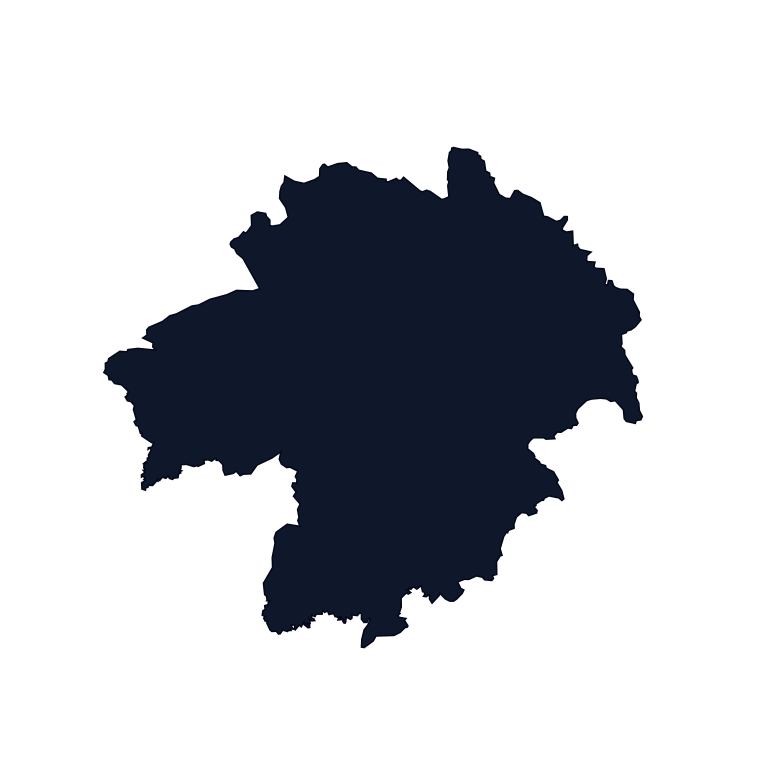 Bhamo, Kachin, Myanmar, rotated 244°
{"feature_id": "60261553B27046412343024", "entity_name": "Bhamo", "entity_type": "district", "adm_level": 2, "iso_a3": "MMR", "parent_name": "Myanmar", "parent_adm1": "Kachin", "projection": "orthographic", "projection_center": [97.111, 24.269], "detail": "fine", "context": "isolated", "style": "filled", "palette": "ink", "viewbox_px": 768, "rotation_deg": 244, "n_neighbors": 0, "source": "geoboundaries", "source_scale": "gbopen_adm2", "svg_char_len": 6171}
<svg xmlns="http://www.w3.org/2000/svg" viewBox="0 0 768 768"><g transform="rotate(244 384 384)"><path d="M531.1,187.3L522.3,194.5L518.6,192.4L514.5,193.7L523.9,178.4L527.2,168.9L525.6,167.0L529.2,160.9L527.5,147.7L524.9,145.5L524.9,142.7L519.4,140.1L517.1,137.2L512.6,139.9L508.4,138.8L507.1,141.1L502.6,142.0L498.2,147.8L491.1,150.4L488.6,150.8L488.1,149.0L486.4,148.6L485.8,145.7L481.4,146.0L479.1,148.8L473.9,150.2L470.9,147.6L460.5,145.8L459.6,142.8L455.5,142.9L453.7,144.7L446.3,143.4L445.7,145.1L443.6,143.4L433.2,149.4L432.2,151.2L429.0,147.6L430.1,144.3L428.7,143.3L429.0,146.0L426.7,145.7L423.4,141.1L420.7,140.5L421.2,138.9L417.9,136.9L418.5,135.7L417.9,133.4L417.2,135.0L417.0,133.0L413.9,131.3L412.6,132.1L411.8,131.0L411.2,132.1L412.0,129.7L409.5,130.5L408.6,126.1L406.6,125.2L406.7,127.8L404.7,128.1L405.3,127.4L403.6,127.6L403.5,126.4L402.1,127.3L401.4,122.8L395.6,120.4L393.1,123.1L395.1,124.1L394.7,126.6L396.2,127.9L394.2,131.6L396.6,137.4L395.7,138.2L397.6,138.9L395.6,140.1L397.4,143.9L394.8,146.6L395.9,149.6L393.1,149.8L390.9,152.2L391.6,153.5L390.1,157.8L393.2,159.9L393.2,162.4L394.7,162.5L394.7,164.2L396.7,162.7L397.3,164.6L400.5,166.3L398.3,171.3L393.1,177.0L392.7,180.0L391.5,180.7L391.3,187.7L394.4,188.7L393.0,192.7L390.2,195.3L391.2,200.4L389.0,199.7L387.6,202.1L382.1,203.8L376.8,201.5L371.7,201.2L369.7,209.6L370.5,212.9L364.6,214.5L364.6,218.1L361.6,224.9L366.8,234.5L366.6,251.0L368.3,261.6L362.3,256.9L357.0,256.7L351.5,259.9L350.5,263.0L343.4,268.4L339.7,263.7L336.3,263.9L333.3,262.1L335.1,258.6L332.3,256.3L325.4,257.6L322.8,253.4L312.9,256.0L309.1,251.3L301.4,249.1L299.2,246.7L293.0,246.0L300.4,235.5L298.0,222.0L293.8,217.8L288.7,216.3L276.9,207.4L267.9,203.4L257.8,188.3L246.9,184.4L245.0,185.4L241.1,184.2L241.1,185.0L240.6,183.6L238.8,186.2L238.3,184.1L236.5,183.1L237.1,179.6L233.6,178.4L233.3,175.8L229.6,173.2L226.8,175.2L226.3,173.2L223.1,173.2L221.8,175.6L220.8,173.9L213.2,173.7L210.8,174.6L209.1,178.7L205.5,179.6L205.0,181.2L207.2,185.1L203.8,188.8L204.3,190.1L203.2,192.5L205.1,192.7L203.5,194.9L207.9,194.6L207.7,195.5L206.4,198.2L203.3,196.0L201.9,196.4L204.4,202.1L202.0,203.2L205.4,207.7L202.6,206.7L198.3,208.8L197.7,210.5L200.2,211.6L202.2,208.4L203.4,208.6L201.2,212.7L205.9,213.9L203.0,214.8L201.7,218.0L203.7,218.0L205.4,216.3L207.8,217.7L205.2,220.0L206.8,222.2L204.2,227.5L207.5,229.7L204.8,230.5L204.7,233.7L200.9,233.5L199.8,238.1L196.5,238.0L193.9,241.0L192.1,239.1L191.1,241.9L194.1,242.1L194.1,243.4L187.1,243.0L186.0,244.2L187.5,245.8L188.7,244.5L189.8,245.2L189.0,246.6L191.1,247.9L187.1,250.7L187.7,252.7L190.5,254.0L187.5,258.5L189.0,261.9L187.3,263.0L182.5,260.6L178.4,261.5L177.2,264.3L179.8,267.1L179.8,268.4L178.7,268.4L174.7,264.1L171.7,258.3L164.2,252.1L157.4,248.4L155.8,250.6L157.8,261.8L161.0,266.3L153.6,282.8L153.7,289.8L155.8,295.9L155.3,298.5L156.2,299.5L162.6,298.8L163.6,301.0L167.8,295.1L169.9,295.3L170.7,297.8L171.4,297.3L176.0,301.8L184.0,305.5L186.3,312.0L184.5,314.0L184.8,316.7L189.0,314.4L188.1,316.3L189.8,317.1L187.7,318.2L188.9,321.5L185.2,323.6L186.4,329.1L180.4,327.6L179.6,328.8L177.1,328.6L175.9,326.4L174.3,328.6L174.8,332.6L170.8,330.6L165.9,331.1L169.6,340.7L171.4,342.4L164.0,344.9L160.1,347.8L158.3,351.3L158.8,354.9L161.5,362.5L163.9,365.5L166.4,363.4L173.8,363.4L173.2,370.7L171.2,374.6L171.0,382.9L167.2,387.7L163.9,388.6L160.1,394.8L161.2,397.2L164.3,397.4L163.4,401.9L174.9,407.2L178.7,413.2L178.2,415.0L185.1,416.2L194.5,424.8L197.2,429.3L196.1,429.9L197.9,431.8L197.3,437.7L201.0,439.3L206.4,444.7L208.1,451.4L205.3,455.6L202.3,456.3L201.2,464.6L203.2,466.2L207.4,465.0L208.5,467.6L209.5,467.4L210.4,474.4L209.6,476.4L211.0,478.0L211.1,483.2L205.0,491.2L201.3,492.8L201.9,495.3L210.4,497.0L219.7,496.2L221.2,498.6L230.8,497.9L237.2,492.8L239.8,493.4L243.5,489.4L245.9,489.6L251.8,486.6L252.7,487.8L256.2,487.8L262.7,484.7L267.0,486.9L269.0,490.5L270.2,494.6L265.7,503.9L263.4,505.4L259.9,513.6L262.7,513.7L264.8,518.6L263.0,522.0L263.9,530.0L261.8,532.9L264.0,536.0L262.5,539.0L263.8,541.3L269.5,541.4L273.7,543.3L276.8,547.3L280.3,558.8L279.6,563.7L276.3,572.3L273.2,577.4L268.9,580.2L267.7,584.5L255.9,587.9L247.5,584.7L244.2,585.4L238.4,592.6L240.6,594.7L239.2,599.2L241.6,602.0L248.3,601.9L255.3,604.7L260.9,604.5L265.1,606.9L267.7,606.0L273.7,610.7L273.9,613.1L276.2,613.8L280.4,614.2L282.6,611.7L284.9,611.6L288.5,612.8L289.4,614.6L304.3,613.2L308.8,615.0L313.8,613.2L315.8,615.5L324.5,619.1L323.9,624.2L325.2,625.7L324.4,629.9L325.4,635.2L329.0,643.1L333.0,642.9L336.6,645.0L350.4,644.7L355.4,647.6L362.4,644.0L365.6,637.9L369.2,634.4L371.7,633.4L376.9,634.1L378.6,631.1L375.0,628.4L376.6,626.0L381.1,629.9L391.2,632.2L395.1,625.1L397.3,624.1L401.1,627.1L404.7,620.7L406.5,620.3L410.5,622.8L411.8,628.0L418.9,619.2L422.2,618.3L424.8,619.2L425.4,614.7L438.7,620.5L440.6,614.6L444.1,611.7L446.2,612.9L451.1,620.7L454.1,622.1L455.5,619.5L453.7,614.3L454.6,610.1L462.5,604.3L464.8,601.0L478.5,603.6L487.0,598.1L493.8,591.8L499.3,589.1L500.5,586.2L495.3,578.9L497.6,574.8L503.8,570.6L516.8,570.6L520.5,573.5L524.0,570.2L527.3,571.4L530.8,568.8L540.3,571.8L543.5,569.6L546.4,570.6L549.0,568.7L550.9,569.6L557.8,563.2L560.7,556.9L566.2,550.0L566.3,548.3L564.1,546.9L563.4,544.4L556.6,539.5L549.6,537.5L546.8,534.4L539.8,530.7L537.6,531.2L534.4,528.3L523.8,524.4L524.0,518.7L524.8,516.6L536.7,510.0L539.5,507.2L539.8,502.9L541.8,500.9L561.3,492.2L559.6,488.7L560.7,486.3L563.4,485.2L563.8,476.4L564.9,474.5L567.1,475.7L571.7,468.3L579.1,465.1L587.3,454.8L591.3,453.8L593.1,450.4L599.2,447.5L602.4,438.9L603.6,428.5L607.6,426.9L608.0,425.1L605.5,420.7L598.8,417.1L598.1,411.3L599.3,400.1L605.4,392.3L614.4,386.1L608.8,382.4L606.9,378.6L602.6,374.9L596.5,371.5L585.8,373.0L575.8,371.1L572.6,360.3L575.0,352.4L576.8,351.0L581.4,353.3L586.3,351.8L589.1,352.4L594.1,345.6L593.7,338.6L584.4,334.5L580.9,328.0L580.3,325.7L582.4,324.4L579.4,317.6L580.1,312.8L578.6,308.4L576.9,307.0L573.9,307.0L571.1,309.0L565.9,309.0L558.7,312.3L524.2,314.2L525.2,306.7L532.8,292.4L533.1,281.9L536.4,264.7L536.3,252.0L538.3,245.5L538.0,228.3L539.2,221.4L537.3,212.3L538.0,197.5L536.7,194.4L531.9,192.5L531.1,187.3Z" fill="#0f172a" stroke="#020617" stroke-width="1.5"/></g></svg>